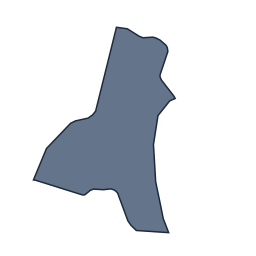 SVG path tracing the border of Wandsworth, rotated 109°
{"feature_id": "GBR-2079", "entity_name": "Wandsworth", "entity_type": "London Borough", "adm_level": 1, "iso_a3": "GBR", "parent_name": "United Kingdom", "parent_adm1": "", "projection": "natural_earth1", "projection_center": [-0.179, 51.455], "detail": "fine", "context": "isolated", "style": "filled", "palette": "slate", "viewbox_px": 256, "rotation_deg": 109, "n_neighbors": 0, "source": "natural_earth", "source_scale": "10m", "svg_char_len": 695}
<svg xmlns="http://www.w3.org/2000/svg" viewBox="0 0 256 256"><g transform="rotate(109 128 128)"><path d="M207.9,200.5L173.9,198.4L142.2,183.8L138.3,179.9L131.6,168.9L127.4,165.9L122.6,164.1L36.5,171.7L34.4,160.9L37.6,147.5L37.8,143.2L34.0,134.1L33.8,131.1L34.4,126.5L37.4,119.0L39.2,117.0L42.7,115.2L67.5,115.0L69.6,114.1L72.0,111.7L82.9,95.0L84.7,93.0L88.8,97.4L106.5,103.7L135.5,98.5L147.8,93.4L169.9,84.3L190.9,71.8L202.2,65.2L213.7,55.5L222.2,86.8L219.0,93.6L215.9,97.8L192.8,116.7L191.5,119.4L191.1,121.1L191.1,123.0L191.3,124.8L194.3,131.0L197.0,140.7L199.3,143.4L204.7,146.7L205.5,147.5L206.1,149.1L207.5,198.4L207.9,200.5Z" fill="#64748b" stroke="#1e293b" stroke-width="1.5"/></g></svg>